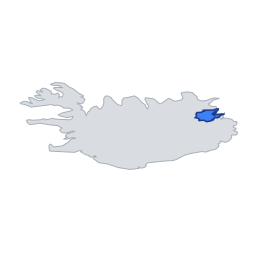 Vopnafjarðarhreppur, Austurland, Iceland (highlighted), rotated 5°
{"feature_id": "244011B85031335132444", "entity_name": "Vopnafjarðarhreppur", "entity_type": "district", "adm_level": 2, "iso_a3": "ISL", "parent_name": "Iceland", "parent_adm1": "Austurland", "projection": "robinson", "projection_center": [-14.859, 65.704], "detail": "fine", "context": "in_parent", "style": "filled", "palette": "blue", "viewbox_px": 256, "rotation_deg": 5, "n_neighbors": 0, "source": "geoboundaries", "source_scale": "gbopen_adm2", "svg_char_len": 6464}
<svg xmlns="http://www.w3.org/2000/svg" viewBox="0 0 256 256"><g transform="rotate(5 128 128)"><path d="M197.7,94.5L200.0,94.6L203.7,93.7L209.1,91.1L211.3,90.5L216.5,90.5L210.2,93.0L207.9,95.8L206.1,97.1L206.2,97.7L210.6,99.4L212.7,98.8L213.7,99.0L214.5,99.8L215.1,101.4L214.7,103.0L213.4,104.6L211.7,106.0L211.9,106.4L213.3,106.6L220.6,105.8L221.5,107.8L222.1,108.5L221.9,109.2L219.0,111.3L222.4,110.0L225.1,109.6L229.8,110.2L231.7,111.0L232.8,112.4L235.1,112.0L236.2,112.7L236.2,113.6L235.2,115.8L232.5,117.0L234.1,118.6L235.5,118.7L235.8,119.0L235.6,120.0L233.5,121.2L237.0,122.4L237.5,122.9L237.3,124.4L236.7,125.2L235.6,125.7L233.1,125.8L231.6,126.3L232.1,127.3L231.6,129.8L229.6,132.0L227.8,133.1L225.9,133.8L220.9,133.0L221.1,134.8L219.3,136.0L219.6,136.9L220.2,137.4L219.9,138.6L217.6,141.1L216.0,141.9L212.7,142.9L208.0,145.1L203.2,145.1L191.5,148.3L186.9,150.1L178.5,155.4L175.0,156.7L169.0,157.4L150.9,160.9L148.8,162.9L148.7,163.4L149.5,164.2L148.1,165.6L145.4,166.7L144.1,166.7L141.9,165.8L141.6,166.2L142.4,167.3L133.5,169.1L121.4,168.2L110.6,165.6L102.1,165.1L96.2,161.6L96.0,161.0L96.7,159.9L98.9,159.5L97.9,158.4L94.2,160.3L93.0,160.2L91.5,159.4L91.5,158.7L88.5,158.4L83.3,156.1L82.9,155.6L84.2,154.9L84.0,154.7L81.1,154.9L76.9,156.9L52.3,157.8L51.5,156.7L50.8,152.6L51.7,150.9L52.7,151.0L55.5,153.3L62.1,152.1L64.8,151.2L67.4,149.0L68.9,148.2L71.0,145.4L73.1,143.7L77.3,142.9L73.6,142.4L67.3,144.6L65.2,144.6L66.3,143.7L68.4,142.5L67.0,142.5L66.5,142.0L66.4,140.9L67.6,139.2L75.1,136.2L73.4,135.6L68.2,137.9L64.5,138.7L61.6,137.7L60.2,136.3L60.3,135.6L62.2,133.8L61.9,133.5L60.7,133.3L57.6,131.7L52.5,131.8L39.9,130.9L30.2,133.2L28.0,132.1L26.2,129.8L26.7,128.9L28.4,128.4L33.0,128.5L40.0,127.4L43.2,126.1L44.4,126.4L44.9,127.0L49.2,126.0L51.5,124.9L55.3,125.5L69.6,124.9L71.5,123.4L72.4,121.6L72.1,121.3L66.7,122.9L65.5,122.9L59.5,122.0L57.4,121.1L58.2,120.3L61.5,118.6L69.8,115.8L71.0,115.3L71.2,114.6L68.0,113.4L61.8,113.7L60.4,112.3L55.3,111.5L51.9,112.0L50.2,111.2L29.8,115.6L23.5,113.6L18.9,113.2L18.5,112.6L21.4,110.6L23.3,110.3L25.1,110.5L28.5,111.8L31.0,112.3L28.0,110.2L28.0,108.3L27.1,107.8L26.3,106.5L26.7,106.1L30.4,106.4L36.1,108.6L39.0,108.2L42.8,106.8L34.5,106.0L32.1,104.2L33.9,103.3L38.3,103.4L33.7,100.4L33.5,99.9L34.4,98.6L40.3,99.7L37.3,97.9L37.2,97.5L38.2,97.2L38.7,96.1L40.3,95.7L43.3,96.1L47.9,98.1L48.5,98.7L48.5,100.8L50.4,100.5L52.6,100.8L54.5,99.3L55.8,99.7L56.7,101.0L56.4,103.8L57.7,102.8L59.9,102.7L60.4,100.4L60.1,98.5L53.1,96.4L50.4,94.9L50.7,94.3L52.1,93.9L59.7,93.5L56.5,92.6L55.8,91.6L50.1,92.0L47.2,91.6L47.2,91.1L48.4,90.4L51.9,89.0L58.5,88.9L61.1,89.3L66.0,92.4L69.9,93.7L76.5,98.0L80.8,99.7L80.9,100.1L80.2,100.6L78.5,101.2L81.0,101.9L82.5,103.0L82.6,103.5L81.0,107.0L79.3,108.1L75.3,107.5L76.2,108.6L79.0,109.8L79.6,110.4L79.2,111.1L80.5,110.9L81.0,111.2L80.2,113.2L79.5,113.9L81.8,114.3L83.4,115.3L85.2,119.3L86.5,116.2L87.1,115.1L88.1,114.7L89.5,111.6L92.3,109.7L94.8,109.0L97.3,111.2L99.2,111.4L101.3,107.6L101.7,104.8L101.3,101.7L101.7,99.5L103.0,98.2L104.8,97.8L108.3,99.1L111.2,102.2L115.6,105.5L118.7,106.3L119.3,106.2L119.9,105.1L119.6,100.7L121.2,98.4L124.9,97.8L130.6,95.7L131.9,95.6L134.7,96.9L139.6,101.3L143.0,103.3L144.8,106.6L145.6,107.2L146.4,106.2L146.6,104.7L142.4,98.0L142.4,97.0L142.8,96.3L150.6,96.7L152.3,97.4L157.6,101.3L160.3,99.7L165.6,95.1L167.4,95.3L171.9,97.1L173.7,97.0L178.9,95.3L180.1,93.2L177.9,88.8L178.9,87.9L183.7,86.9L189.0,87.1L194.3,91.1L194.5,93.0L197.7,94.5Z" fill="#d9dde1" stroke="#a8b0b8" stroke-width="1"/><path d="M194.0,111.9L194.7,112.0L194.9,112.0L195.1,111.9L195.3,111.9L195.7,111.9L195.8,111.9L198.4,112.9L198.2,113.2L198.0,113.9L198.0,114.3L198.3,114.3L198.5,114.3L198.6,114.2L198.7,114.4L202.0,113.7L204.4,114.0L204.6,114.4L204.8,114.5L205.2,114.7L205.7,114.8L206.1,114.8L210.3,113.6L210.7,113.1L210.8,113.1L210.8,112.9L210.9,112.7L211.0,112.5L211.3,112.5L211.3,112.4L211.4,112.5L211.5,112.5L211.5,112.4L211.8,112.3L212.3,112.4L212.3,111.9L212.7,111.6L212.8,111.5L212.8,111.4L213.0,111.2L212.9,111.0L213.2,110.8L213.2,110.6L213.2,110.4L213.2,110.2L213.3,110.0L213.3,109.9L213.5,109.9L213.7,110.0L214.1,110.0L214.7,110.0L215.5,110.1L215.9,110.1L216.0,109.9L216.5,109.6L216.7,109.4L216.9,109.4L217.1,109.4L217.5,109.5L217.8,109.1L217.7,108.9L217.9,108.8L218.1,108.7L218.6,108.3L218.6,108.1L218.9,107.4L219.0,107.3L219.3,107.3L219.9,106.8L221.3,106.3L221.6,106.4L221.8,106.2L221.9,105.9L221.5,105.8L221.3,105.8L221.1,105.8L220.9,105.9L220.7,105.9L220.5,106.0L220.4,105.9L220.2,105.9L219.9,106.0L219.5,106.1L219.4,106.0L219.2,106.1L218.7,106.3L218.3,106.4L218.1,106.5L217.9,106.5L217.5,106.6L217.1,106.6L216.7,106.6L216.2,106.6L215.9,106.6L215.7,106.7L215.6,106.8L215.2,106.8L214.9,106.8L214.9,106.7L214.7,106.7L214.7,106.8L214.4,106.9L214.0,107.1L213.8,107.1L213.7,107.2L213.4,107.2L213.1,107.2L213.1,107.3L213.0,107.2L212.8,107.4L212.7,107.4L212.6,107.5L212.4,107.6L212.0,107.6L211.6,107.4L211.4,107.2L211.5,107.1L211.7,106.9L211.8,106.9L211.9,106.7L212.0,106.7L212.3,106.5L212.4,106.4L212.5,106.3L212.7,106.2L212.8,106.1L213.2,105.8L212.8,105.8L212.7,105.8L212.5,106.0L212.0,106.3L211.9,106.3L211.9,106.2L211.9,106.3L211.1,106.7L211.0,106.8L210.9,106.8L210.7,106.9L210.8,106.8L210.7,106.8L210.6,106.7L210.8,106.5L211.1,106.4L211.4,106.3L211.4,106.2L211.9,106.2L211.8,105.9L211.9,105.7L212.0,105.8L212.4,106.0L212.5,105.9L212.3,105.8L212.2,105.7L212.0,105.3L212.1,105.2L212.3,105.1L212.5,105.0L212.5,104.8L212.5,104.7L212.8,104.5L213.0,104.5L213.3,104.5L213.6,104.4L213.8,104.4L214.0,104.4L213.9,104.3L213.8,104.2L213.9,103.9L214.0,103.8L214.7,103.6L214.8,103.5L215.2,103.4L215.3,103.2L215.6,102.8L215.8,102.8L215.9,102.6L216.0,102.4L216.1,102.2L216.3,101.8L216.3,101.6L216.4,101.4L216.4,101.2L216.0,101.3L215.8,101.2L215.6,101.2L214.8,101.2L214.0,101.5L213.6,101.8L213.1,101.8L213.1,102.0L212.9,102.3L212.8,102.5L205.9,103.3L202.9,103.5L202.1,103.7L202.5,103.9L202.5,104.0L202.4,104.2L202.2,104.2L202.3,104.3L202.2,104.3L202.1,104.6L201.8,104.8L201.6,104.8L201.3,104.8L201.2,104.9L201.0,105.0L200.9,105.1L200.7,105.1L200.5,105.3L200.3,105.4L200.2,105.5L200.1,105.8L199.9,105.9L200.0,106.0L199.9,106.1L199.7,106.1L199.4,106.0L199.2,106.1L197.8,106.3L197.2,106.3L195.4,106.6L194.6,107.8L194.5,108.2L194.7,108.4L194.6,108.5L194.7,108.8L194.7,109.0L195.0,109.5L195.3,109.9L195.3,110.0L195.2,110.1L195.3,110.2L195.3,110.3L195.2,110.5L194.0,111.9ZM222.3,105.8L222.2,105.9L222.3,105.9L222.3,105.8Z" fill="#3b82f6" stroke="#1e3a8a" stroke-width="1.5"/></g></svg>